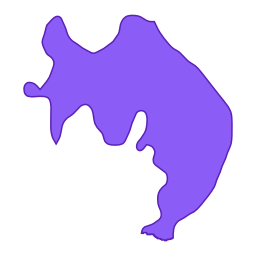 outline of Santo Domingo Oeste, Santo Domingo, Dominican Republic
{"feature_id": "3306468B81365020570437", "entity_name": "Santo Domingo Oeste", "entity_type": "district", "adm_level": 2, "iso_a3": "DOM", "parent_name": "Dominican Republic", "parent_adm1": "Santo Domingo", "projection": "equal_earth", "projection_center": [-70.016, 18.468], "detail": "fine", "context": "isolated", "style": "filled", "palette": "violet", "viewbox_px": 256, "rotation_deg": 0, "n_neighbors": 0, "source": "geoboundaries", "source_scale": "gbopen_adm2", "svg_char_len": 3455}
<svg xmlns="http://www.w3.org/2000/svg" viewBox="0 0 256 256"><path d="M154.3,21.6L150.7,21.6L148.3,21.2L146.0,20.2L140.8,17.0L138.4,16.1L135.9,15.6L132.0,15.4L129.5,15.6L127.0,16.2L125.8,16.8L123.8,18.5L122.9,19.5L121.5,21.9L120.5,24.6L119.2,31.6L118.4,33.9L113.3,41.2L111.6,42.7L103.8,48.5L96.4,52.4L94.4,53.1L93.4,53.2L91.3,52.8L83.0,48.3L76.9,43.9L72.6,41.1L70.7,39.3L69.1,37.2L67.7,34.7L65.4,27.7L61.7,19.4L61.1,18.3L60.3,17.4L59.3,16.8L58.2,16.4L57.1,16.4L56.0,16.6L54.0,17.7L51.3,20.2L46.9,25.1L46.2,27.2L44.3,34.6L42.6,39.5L42.2,42.1L42.4,43.4L42.7,44.7L43.5,47.1L46.2,52.9L46.9,53.9L47.7,54.7L51.2,57.3L52.7,59.1L53.7,61.4L53.9,62.7L53.9,64.0L53.4,66.5L50.6,74.2L49.5,76.9L48.0,79.4L46.4,81.7L40.1,89.5L36.9,85.9L34.6,83.9L31.9,82.8L29.3,82.4L28.0,82.6L26.8,83.1L25.6,84.1L24.7,85.5L24.2,87.1L24.0,88.7L24.3,91.9L24.8,93.4L25.7,94.7L26.8,95.7L27.9,96.2L31.7,96.8L40.1,96.3L44.1,96.5L46.6,97.1L47.8,97.7L48.8,98.7L49.7,100.0L50.2,101.5L50.6,103.1L51.0,106.5L50.8,125.3L50.9,129.2L51.3,132.9L52.2,136.4L52.8,138.1L56.1,144.0L58.9,139.0L60.0,136.4L60.7,133.4L62.2,125.9L63.2,123.2L64.6,120.8L67.2,118.0L71.5,115.1L73.6,113.4L80.5,106.2L82.8,104.9L85.3,104.4L86.5,104.6L87.7,105.0L88.8,105.7L90.6,107.5L92.0,109.8L92.9,112.6L94.1,120.1L94.8,123.0L95.3,124.3L97.3,127.7L102.0,133.0L103.0,135.2L104.0,138.8L104.9,141.2L105.6,142.2L106.6,143.1L107.6,143.8L108.8,144.3L111.3,144.9L115.3,145.1L119.2,144.8L121.7,144.1L122.9,143.5L123.9,142.6L125.4,140.4L128.7,133.1L129.8,130.5L132.0,123.2L136.2,113.4L137.0,112.4L137.9,111.6L140.0,110.7L142.2,110.7L143.3,111.0L144.4,111.6L145.4,112.6L146.1,113.8L146.9,116.6L147.1,119.5L146.9,124.2L146.4,127.4L145.6,130.5L144.4,133.1L141.3,137.9L138.1,141.8L137.0,144.0L136.7,145.3L136.6,146.6L136.8,148.0L137.5,149.4L138.6,150.3L139.7,150.6L140.7,150.5L141.8,150.1L143.5,148.7L146.6,144.7L148.9,145.2L151.1,146.1L152.1,146.7L153.6,148.5L154.6,150.7L154.9,151.9L154.6,154.2L153.6,157.3L153.2,159.6L153.5,162.1L154.0,163.3L155.4,165.0L165.4,172.5L166.2,173.5L166.8,174.7L167.2,176.0L167.4,178.8L167.1,181.5L166.2,183.9L165.4,184.8L162.1,187.6L159.8,190.5L158.6,193.0L157.9,196.0L157.7,199.2L158.1,203.8L158.9,206.6L160.4,210.1L161.1,212.5L161.3,215.2L161.0,216.5L160.6,217.8L159.0,219.7L154.0,223.3L151.5,224.6L145.0,226.8L143.2,228.3L142.4,229.6L141.9,231.0L141.5,233.3L143.4,233.3L143.4,232.6L146.4,232.6L146.4,233.3L146.9,233.3L146.9,234.0L147.4,234.0L147.4,234.6L149.9,234.6L149.9,234.0L150.4,234.0L150.4,234.6L150.9,234.6L150.9,234.0L152.8,234.0L152.8,234.6L153.8,234.6L153.8,235.3L154.3,235.3L154.3,236.0L154.8,236.0L154.8,236.6L155.3,236.6L155.8,236.6L155.8,237.3L156.8,237.3L156.8,238.0L157.8,238.0L157.8,238.6L160.3,238.6L160.3,239.3L161.8,239.3L161.8,240.0L164.8,240.0L164.8,240.6L166.3,240.6L166.3,240.0L167.8,239.9L167.8,239.3L170.8,239.3L170.8,238.6L172.2,238.6L172.2,238.0L173.1,238.0L173.2,233.6L173.6,229.6L174.2,227.0L174.8,225.7L176.2,223.3L178.0,221.3L179.0,220.6L184.4,217.6L189.5,214.1L194.1,211.7L197.2,209.1L201.1,204.8L208.5,195.5L212.0,190.6L214.3,186.8L215.3,184.3L216.8,179.7L220.2,171.9L222.1,166.2L225.6,158.4L227.5,152.7L229.7,147.6L230.7,144.9L231.1,143.4L231.6,140.4L231.9,135.6L232.0,124.4L231.8,118.1L231.5,115.0L230.8,112.0L229.5,109.1L228.0,106.5L224.4,101.7L214.1,88.7L202.0,73.2L198.2,68.6L195.1,65.7L188.6,61.5L186.7,59.7L180.1,52.9L178.1,51.3L173.6,48.7L171.6,47.1L169.7,45.2L164.2,38.6L160.0,32.7L157.9,29.1L154.3,21.6Z" fill="#8b5cf6" stroke="#5b21b6" stroke-width="1.5"/></svg>